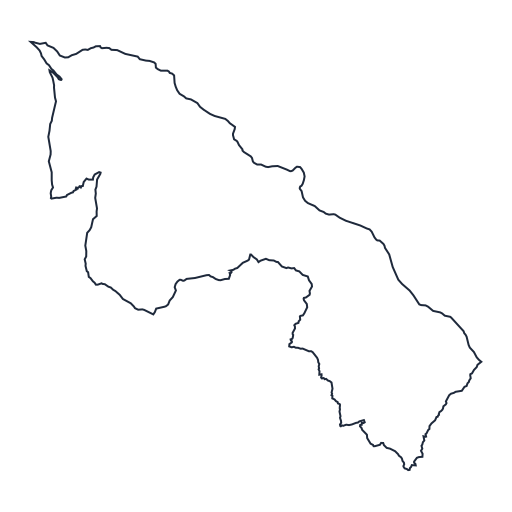 Betulia, Santander, Colombia (Mercator projection)
{"feature_id": "7082276B21434370337268", "entity_name": "Betulia", "entity_type": "district", "adm_level": 2, "iso_a3": "COL", "parent_name": "Colombia", "parent_adm1": "Santander", "projection": "mercator", "projection_center": [-73.375, 7.001], "detail": "fine", "context": "isolated", "style": "outline", "palette": "slate", "viewbox_px": 512, "rotation_deg": 0, "n_neighbors": 0, "source": "geoboundaries", "source_scale": "gbopen_adm2", "svg_char_len": 5941}
<svg xmlns="http://www.w3.org/2000/svg" viewBox="0 0 512 512"><path d="M481.3,361.8L478.9,359.8L476.7,357.3L473.9,352.0L469.8,347.6L468.6,344.9L466.6,336.7L465.5,334.6L464.3,333.3L463.6,331.2L451.2,317.6L450.2,316.8L444.8,315.7L442.1,313.4L440.2,312.4L433.1,310.9L428.1,306.7L425.6,305.4L421.2,305.1L419.3,304.4L413.4,295.3L409.6,290.5L402.1,284.0L398.3,279.7L392.7,267.0L389.2,254.4L385.0,247.9L384.5,245.8L383.5,244.0L379.7,240.6L377.3,240.4L376.2,239.6L374.5,237.4L371.7,231.7L369.6,229.4L366.8,228.5L360.3,225.5L346.0,220.8L339.7,217.7L335.3,214.6L333.6,214.2L329.0,214.6L325.7,213.6L323.7,212.0L319.5,210.4L314.8,206.1L307.9,203.1L305.1,200.8L303.0,197.4L301.6,191.1L299.9,188.9L299.7,188.1L300.2,186.5L301.5,185.8L302.7,183.8L303.9,180.1L304.6,176.4L303.8,172.6L301.6,168.9L300.1,167.1L297.0,166.7L295.5,167.7L292.6,170.6L290.9,171.2L289.9,171.1L286.8,169.6L277.7,166.0L272.1,166.3L268.1,167.1L265.7,166.7L261.0,164.5L257.1,164.5L254.0,162.8L252.9,161.5L252.0,158.0L250.8,156.4L244.0,152.1L242.5,150.6L242.4,149.3L239.0,145.1L237.5,141.9L236.7,140.9L234.1,139.3L233.0,135.2L233.0,133.7L234.7,129.1L235.0,126.9L229.8,123.2L227.9,121.0L225.3,118.9L214.7,116.0L210.0,113.9L203.8,109.8L200.0,106.8L197.4,103.1L190.9,99.4L186.2,98.4L184.0,96.4L179.6,93.8L177.2,90.3L175.7,86.7L174.6,83.0L174.1,75.4L172.1,73.6L169.7,72.9L169.0,71.6L167.5,70.7L160.9,70.7L157.7,69.1L155.9,67.6L155.6,63.8L154.1,62.4L149.5,60.9L145.9,60.6L139.8,59.2L137.7,56.6L125.3,53.9L117.2,50.1L111.4,49.8L109.3,48.1L106.5,47.8L102.0,48.2L100.6,47.4L100.0,46.1L95.8,46.3L93.6,47.5L90.8,48.2L87.8,49.9L85.3,49.5L82.6,49.8L76.2,53.9L71.8,55.2L68.2,57.3L64.9,57.5L59.8,55.5L57.2,51.5L53.5,47.9L47.5,45.4L45.7,42.8L39.9,43.9L34.4,42.5L33.9,42.1L30.7,41.9L36.7,47.3L39.6,50.5L41.0,53.4L41.6,56.0L44.2,59.4L46.6,63.4L49.0,65.2L51.4,68.9L53.5,70.6L56.6,74.5L59.5,76.6L61.6,79.2L61.3,79.9L60.5,79.9L58.8,79.2L57.7,77.3L53.3,72.8L49.5,70.4L49.8,72.2L52.5,77.6L53.2,80.7L54.1,85.3L54.0,87.5L55.0,97.6L56.0,101.3L52.1,117.8L51.8,120.8L50.2,124.0L49.5,130.8L48.3,136.8L50.7,151.1L50.6,154.5L48.8,161.3L51.7,172.3L51.7,180.3L52.1,184.6L53.0,187.5L51.3,190.2L51.0,191.5L50.7,193.3L51.2,196.5L50.9,198.1L51.5,198.6L56.5,197.7L59.2,197.9L66.2,196.5L67.0,195.0L71.5,192.7L72.9,192.4L73.6,191.0L76.7,189.4L76.7,188.8L75.9,188.3L76.2,187.5L77.8,188.3L78.0,187.6L79.1,187.2L79.6,186.2L80.0,186.2L80.9,187.4L81.6,186.1L82.8,186.0L83.7,182.0L86.5,178.6L88.8,179.6L92.9,179.6L93.2,177.3L94.7,174.5L99.1,172.1L100.6,172.6L100.3,173.9L97.1,179.5L96.5,186.7L95.4,189.6L95.8,193.6L95.2,197.9L97.0,208.4L96.6,211.5L96.7,216.0L93.0,219.2L91.2,227.3L89.6,230.2L87.2,232.8L85.3,245.6L86.3,251.1L86.2,256.5L84.7,259.3L85.7,263.7L85.5,265.9L86.8,271.2L88.1,272.2L88.8,276.9L90.5,278.1L92.9,281.3L94.6,282.7L95.9,284.7L97.6,284.7L101.6,283.3L102.4,283.9L104.8,284.2L108.4,286.7L110.8,287.5L113.2,289.8L115.3,291.0L119.7,294.8L122.9,299.0L130.8,303.3L133.9,306.5L135.0,308.2L138.2,309.7L142.4,309.4L144.2,309.9L153.3,314.4L154.9,312.0L156.2,308.6L164.6,306.7L166.0,306.2L168.1,304.5L169.7,300.5L172.8,297.1L175.9,290.5L174.7,287.2L175.6,284.1L177.4,281.6L179.6,279.8L180.8,279.8L183.1,280.8L184.4,280.5L186.6,278.9L195.0,278.0L206.5,275.2L209.0,275.0L210.6,276.4L212.9,277.1L215.7,279.0L218.8,280.1L220.6,280.2L224.9,279.0L228.8,278.8L230.1,275.1L229.7,273.1L230.7,273.2L231.6,272.0L231.3,271.1L230.1,270.5L233.4,269.8L235.0,268.7L237.3,268.0L242.8,262.8L247.7,260.6L249.0,259.6L250.3,254.5L251.0,254.5L253.5,257.1L256.8,259.4L258.5,262.1L260.5,260.7L265.9,258.8L269.2,260.2L273.8,260.5L276.4,261.9L277.9,262.0L281.9,266.5L286.4,268.1L288.1,267.5L291.5,268.4L294.2,268.1L295.9,270.4L299.3,271.4L302.7,274.9L307.8,276.5L309.0,280.3L311.7,284.0L312.0,286.5L309.5,290.9L309.9,293.3L309.6,294.8L305.9,297.5L303.9,297.9L303.6,298.7L304.0,300.3L306.8,304.0L307.2,307.3L304.3,313.3L302.9,315.4L300.4,315.9L299.9,316.4L300.2,319.7L298.7,321.3L298.4,322.9L295.6,323.8L294.3,325.2L294.9,326.4L295.0,328.4L292.6,332.9L292.7,334.3L293.2,334.9L292.7,337.9L292.2,338.8L290.6,339.4L290.9,340.5L291.9,341.3L291.8,342.4L289.4,344.1L289.2,346.4L291.7,347.3L293.9,346.8L295.7,347.7L298.1,347.8L300.5,348.7L302.7,348.6L309.0,351.3L311.1,351.2L312.6,352.1L317.1,357.8L318.0,359.9L318.3,362.3L319.3,364.0L318.7,366.3L319.1,368.3L318.6,369.3L319.5,371.2L319.3,374.7L321.5,374.3L321.6,375.5L321.1,377.6L322.0,378.5L323.2,378.0L323.9,378.2L324.6,379.2L326.1,378.9L328.0,380.6L329.7,381.1L331.5,382.5L332.5,388.7L331.6,392.5L332.1,393.7L331.5,395.2L332.4,395.7L332.3,398.4L334.5,399.4L336.0,401.2L337.6,402.0L337.9,403.4L339.7,404.1L340.0,404.8L339.7,408.2L340.0,409.1L339.5,411.6L340.5,416.2L340.0,417.8L341.0,420.8L341.2,422.8L340.0,424.5L340.3,426.0L340.8,426.3L342.0,425.4L343.2,425.8L346.2,424.7L349.0,425.1L351.8,424.5L356.2,422.8L357.9,422.6L359.3,421.4L363.9,420.1L364.7,422.3L363.4,423.1L361.8,422.9L361.7,424.8L360.2,425.0L360.0,426.3L361.5,427.9L362.2,429.9L366.9,434.7L367.2,438.1L370.6,443.7L373.0,444.9L373.6,446.2L374.8,446.2L379.9,444.8L381.1,442.9L383.2,443.0L383.9,445.1L386.7,447.9L389.9,448.6L395.1,451.2L398.2,454.3L398.8,455.6L401.2,457.4L402.0,458.8L402.5,460.9L403.9,462.6L404.2,464.3L403.4,466.1L403.7,467.0L404.7,468.4L406.8,469.0L408.2,470.1L409.6,469.9L409.9,468.1L411.1,466.9L411.8,465.1L415.7,465.4L415.4,463.9L414.1,462.7L414.1,461.6L416.9,457.8L418.8,457.1L422.4,456.8L422.6,453.8L421.0,450.8L422.3,448.7L421.5,445.8L422.3,444.6L422.9,442.2L424.3,440.5L423.5,436.3L425.5,436.8L426.1,436.6L425.5,434.2L426.5,433.4L428.2,430.0L429.4,429.0L429.5,426.1L431.5,423.4L435.1,420.3L436.5,417.0L437.6,416.8L438.1,415.6L439.0,414.8L438.8,414.0L439.5,412.0L440.9,411.2L442.3,409.8L443.0,408.5L443.4,406.3L445.8,404.4L446.5,403.1L445.9,401.4L449.2,395.2L451.0,393.7L453.8,392.9L455.6,391.8L461.8,390.8L464.5,386.8L466.6,386.0L467.5,383.3L468.9,381.9L469.2,380.5L470.7,378.3L470.2,375.0L470.4,374.1L472.0,373.4L474.0,369.9L476.7,367.1L477.5,364.8L481.3,361.8Z" fill="none" stroke="#1e293b" stroke-width="2"/></svg>